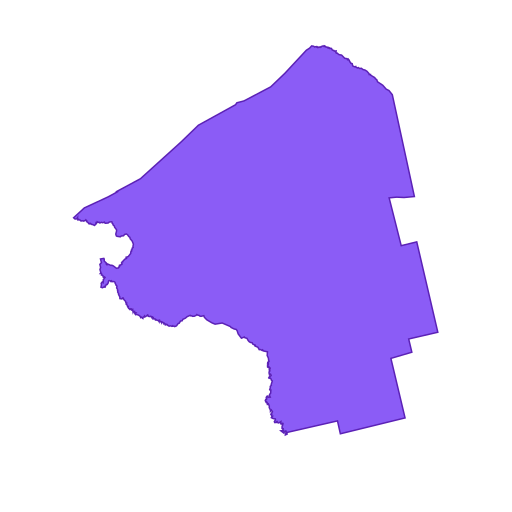 Sinda, Eastern, Zambia (Robinson projection), rotated 167°
{"feature_id": "96606910B72426001037260", "entity_name": "Sinda", "entity_type": "district", "adm_level": 2, "iso_a3": "ZMB", "parent_name": "Zambia", "parent_adm1": "Eastern", "projection": "robinson", "projection_center": [31.868, -14.258], "detail": "fine", "context": "isolated", "style": "filled", "palette": "violet", "viewbox_px": 512, "rotation_deg": 167, "n_neighbors": 0, "source": "geoboundaries", "source_scale": "gbopen_adm2", "svg_char_len": 6115}
<svg xmlns="http://www.w3.org/2000/svg" viewBox="0 0 512 512"><g transform="rotate(167 256 256)"><path d="M336.7,212.4L333.5,213.0L333.0,212.3L332.1,212.2L331.4,211.5L329.7,211.2L327.7,211.6L326.8,212.3L325.9,211.3L324.8,211.0L324.4,210.2L323.2,209.6L320.3,209.6L320.1,207.9L318.3,204.9L314.0,200.8L311.2,198.8L304.0,198.3L296.8,193.0L296.4,192.0L293.7,189.8L291.8,188.9L291.2,187.5L290.9,184.1L288.7,179.2L285.6,179.7L285.2,178.8L283.3,177.8L282.7,175.5L281.9,174.0L280.9,173.0L279.3,172.4L278.9,170.8L277.4,169.7L277.3,168.9L276.8,169.0L276.9,168.3L274.7,166.7L273.9,164.0L272.6,163.8L271.2,162.5L270.7,163.0L269.9,161.7L266.4,160.1L267.5,156.5L266.9,153.8L267.2,151.3L266.9,150.6L267.6,150.3L268.2,148.3L268.7,149.1L269.1,148.0L268.8,147.2L269.4,146.7L269.7,145.2L269.2,144.7L268.5,145.3L267.4,143.5L267.8,142.9L268.3,143.2L268.8,141.9L268.3,141.4L268.6,140.6L269.3,140.2L269.6,139.0L269.6,137.7L269.2,138.0L268.4,137.6L268.1,136.2L268.8,135.7L269.6,135.9L271.0,134.4L270.7,133.9L269.9,134.3L268.9,132.5L269.0,131.7L268.2,130.6L270.1,127.4L270.1,126.6L271.4,125.8L271.8,124.0L272.7,122.9L272.5,122.2L271.7,122.0L272.6,119.0L273.9,118.1L274.2,116.8L273.9,115.3L275.8,115.6L276.1,116.1L275.9,116.8L276.6,117.0L277.8,116.0L277.5,115.5L277.9,114.0L278.7,114.2L279.5,113.0L279.0,110.9L278.4,110.3L278.2,110.9L278.0,110.4L278.3,108.8L277.9,108.7L277.6,109.4L277.2,109.3L276.8,106.8L277.2,105.3L276.6,102.6L276.8,101.6L275.7,102.5L275.0,100.5L276.2,99.3L276.2,98.5L276.9,98.7L277.2,98.3L276.7,97.6L276.7,96.6L275.9,96.2L277.4,95.0L275.8,93.7L273.8,92.9L273.9,92.0L275.4,90.5L275.2,89.5L273.5,89.2L273.2,90.0L272.7,90.1L272.0,88.4L271.3,88.2L269.0,89.1L269.6,86.9L268.5,86.3L267.8,87.0L267.4,86.8L268.0,85.3L268.8,84.4L269.4,82.3L268.4,81.7L268.9,80.7L268.3,80.0L269.0,79.3L269.0,80.0L271.1,80.1L268.6,77.1L268.3,77.8L266.6,78.9L266.1,78.7L266.1,78.0L267.5,75.1L265.7,75.5L265.8,76.3L265.4,77.0L264.8,77.1L213.7,77.0L213.8,63.8L147.2,64.7L147.6,125.9L125.8,127.2L125.9,140.8L96.0,140.8L96.2,233.6L112.2,233.4L113.2,282.7L105.7,281.7L98.6,279.7L88.3,278.3L86.9,382.5L89.2,387.3L91.6,389.3L94.1,393.9L98.4,398.4L98.7,400.7L99.8,401.9L100.1,403.0L103.7,406.5L103.6,407.1L104.9,407.4L104.8,408.2L106.3,411.0L108.0,412.7L109.8,413.6L111.1,415.2L112.9,415.4L113.9,416.6L114.9,416.4L116.3,417.7L116.2,418.2L117.5,418.2L119.0,419.5L119.0,421.8L120.3,422.5L120.4,423.5L121.0,424.2L121.1,425.9L121.7,426.3L121.9,427.2L122.7,426.8L122.9,427.8L125.1,428.7L127.4,432.5L129.9,433.6L131.4,435.6L132.1,435.6L132.4,436.3L131.8,437.8L133.6,438.0L133.8,438.7L135.3,439.5L135.8,441.3L136.8,441.5L137.4,442.2L137.8,441.8L138.7,443.0L139.1,442.6L139.9,443.7L140.7,443.7L141.5,445.0L142.2,445.5L142.6,444.9L143.0,445.4L143.9,445.6L145.4,445.4L145.6,445.0L146.5,445.3L146.7,444.9L147.7,445.4L148.3,445.2L148.8,445.8L149.1,445.3L149.9,445.9L150.1,446.5L151.9,446.5L152.6,447.4L154.5,448.2L157.0,446.5L160.6,445.2L186.8,427.5L203.6,417.5L232.9,409.8L240.2,409.6L241.9,408.0L282.7,396.4L303.3,384.0L351.2,357.3L377.2,350.2L376.7,349.7L386.7,346.9L412.4,341.5L425.1,334.3L424.2,332.9L423.1,332.5L422.3,332.6L421.3,333.5L421.7,332.3L420.8,331.8L421.0,331.5L421.3,331.8L421.5,331.3L419.5,330.8L418.6,329.4L417.5,329.5L415.9,328.7L415.5,329.1L414.3,328.9L413.7,329.5L412.9,328.2L413.2,327.5L412.2,326.5L411.6,325.0L410.5,324.6L410.2,325.1L408.7,323.5L408.0,323.4L406.5,322.1L405.1,322.9L404.4,324.3L404.0,323.8L403.1,325.1L402.5,324.4L401.3,324.2L401.3,323.8L400.7,323.3L399.0,323.6L397.9,322.9L396.1,323.1L395.9,322.2L395.4,321.8L392.6,321.4L391.3,322.1L389.2,321.9L388.6,321.4L388.8,320.3L388.2,319.5L388.3,318.5L387.3,317.1L387.3,315.8L386.0,313.0L386.2,311.8L387.7,308.9L387.6,307.1L387.1,306.5L383.9,305.2L382.8,305.8L380.5,305.5L379.2,306.6L377.3,306.6L376.4,305.6L375.6,303.6L374.7,302.6L374.7,301.1L373.3,298.4L372.8,295.1L373.7,293.2L373.8,291.9L374.8,291.6L375.5,290.0L376.2,289.7L376.1,288.8L377.0,288.3L377.5,286.7L380.6,284.2L382.9,284.0L382.7,282.8L384.6,282.4L387.1,280.7L387.1,280.4L387.7,280.4L388.6,279.5L388.3,278.8L388.6,278.0L390.9,277.7L390.8,277.1L391.5,277.0L391.8,276.0L392.4,275.9L392.7,275.3L394.7,275.4L397.3,278.5L398.6,279.5L399.4,279.4L402.2,281.5L402.6,281.0L403.5,281.2L403.7,281.9L403.2,282.1L403.3,282.7L405.0,285.2L404.6,287.2L404.8,287.9L408.2,288.1L408.1,284.3L410.0,283.0L410.0,279.8L411.1,277.9L410.9,274.6L411.6,274.0L410.6,273.8L410.4,273.1L410.9,272.3L409.6,271.4L409.6,269.7L409.0,269.3L408.3,269.7L407.9,269.1L410.2,267.2L410.3,266.1L410.8,265.7L410.6,265.4L411.0,264.3L411.9,265.1L413.0,264.2L413.1,262.7L414.1,260.5L412.8,259.6L411.2,260.0L410.2,259.6L410.1,260.4L409.6,260.3L408.2,261.9L407.4,261.7L406.1,263.0L405.2,264.9L404.6,265.1L403.5,264.6L403.2,263.7L402.8,263.6L402.3,264.2L401.7,263.3L400.3,263.1L399.6,262.6L399.2,261.8L399.4,261.2L398.9,259.5L399.0,259.1L398.4,258.3L398.4,257.3L399.0,256.3L398.4,254.7L398.7,253.8L398.4,253.1L398.9,252.1L398.3,249.9L398.6,249.4L397.9,246.8L398.2,245.1L396.3,244.3L395.5,245.1L394.9,245.0L394.5,243.2L393.3,241.1L393.3,239.5L392.6,239.2L393.3,238.1L392.6,237.3L392.5,235.5L391.8,235.5L392.1,234.8L391.9,233.5L391.1,233.1L391.0,232.4L389.8,232.8L389.2,232.4L389.5,231.9L388.4,231.7L389.0,231.1L388.3,230.8L388.4,229.1L388.0,229.7L386.8,229.3L387.1,228.3L385.8,227.7L387.0,227.0L386.4,225.8L385.5,226.0L383.5,224.6L382.4,223.2L382.2,221.9L381.3,222.2L380.5,220.7L380.3,220.6L380.3,221.3L379.4,221.9L378.4,221.6L378.1,222.5L377.7,221.8L377.1,221.8L374.8,223.0L374.5,222.6L374.6,221.5L372.7,220.7L372.2,221.0L371.5,220.5L371.4,219.9L370.6,220.0L370.4,219.6L370.8,219.0L370.0,219.0L370.5,217.9L368.6,217.5L368.4,216.3L367.7,216.5L367.3,215.9L366.1,215.2L365.0,215.2L365.5,214.6L365.2,213.8L365.0,214.5L364.0,214.1L363.7,213.4L363.3,213.4L363.1,212.6L362.9,213.2L361.8,212.5L361.7,211.9L360.9,211.6L361.0,210.8L360.5,211.0L360.0,209.8L359.6,209.9L359.7,209.3L358.9,209.5L358.1,208.8L358.3,209.4L358.0,209.3L357.2,207.8L356.4,207.2L354.7,207.1L353.8,206.4L353.0,206.7L353.0,206.3L351.6,206.1L351.1,205.5L349.2,205.8L346.9,207.8L345.9,207.8L344.2,209.6L342.5,209.5L341.6,210.7L338.8,211.3L336.7,212.4Z" fill="#8b5cf6" stroke="#5b21b6" stroke-width="1.5"/></g></svg>